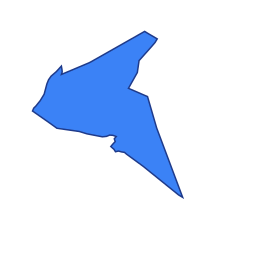 Canhoba, Sergipe, Brazil (Robinson projection), rotated 238°
{"feature_id": "56859067B36241430136927", "entity_name": "Canhoba", "entity_type": "district", "adm_level": 2, "iso_a3": "BRA", "parent_name": "Brazil", "parent_adm1": "Sergipe", "projection": "robinson", "projection_center": [-36.995, -10.153], "detail": "fine", "context": "isolated", "style": "filled", "palette": "blue", "viewbox_px": 256, "rotation_deg": 238, "n_neighbors": 0, "source": "geoboundaries", "source_scale": "gbopen_adm2", "svg_char_len": 774}
<svg xmlns="http://www.w3.org/2000/svg" viewBox="0 0 256 256"><g transform="rotate(238 128 128)"><path d="M194.8,58.6L193.0,56.0L172.3,64.8L170.1,65.7L165.4,67.6L150.9,84.8L144.8,90.1L134.1,101.6L132.3,105.3L131.7,108.7L129.8,111.3L127.0,113.5L126.1,110.6L123.3,110.0L122.3,106.3L121.4,103.6L117.3,104.8L114.5,104.8L113.5,107.7L111.1,109.9L109.2,112.1L106.6,112.9L87.6,120.5L44.5,135.4L40.2,137.6L112.8,152.3L144.3,161.2L161.4,149.4L170.1,165.3L179.3,173.1L184.8,191.9L186.2,196.3L188.1,200.0L197.3,195.2L201.1,193.3L203.6,135.4L203.7,132.5L203.9,129.7L208.7,99.9L210.4,101.9L212.8,103.1L215.8,104.3L213.8,97.1L212.7,90.2L211.0,86.2L208.4,82.6L201.1,74.8L198.9,70.4L197.7,68.0L196.7,65.1L195.4,61.4L194.8,58.6Z" fill="#3b82f6" stroke="#1e3a8a" stroke-width="1.5"/></g></svg>